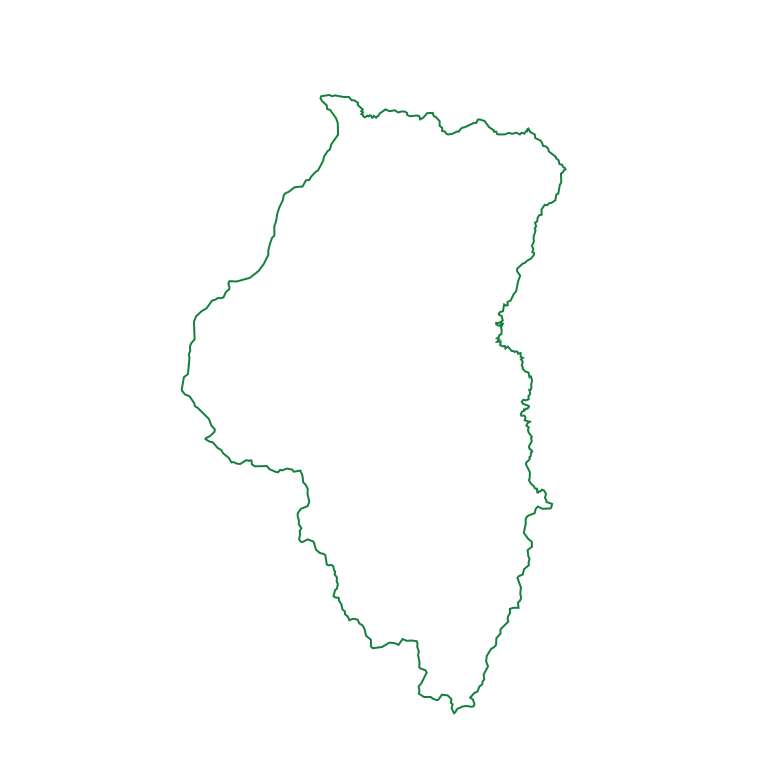 outline of Pang Mapha, Mae Hong Son, Thailand, rotated 199°
{"feature_id": "78962969B96104759744449", "entity_name": "Pang Mapha", "entity_type": "district", "adm_level": 2, "iso_a3": "THA", "parent_name": "Thailand", "parent_adm1": "Mae Hong Son", "projection": "robinson", "projection_center": [98.144, 19.592], "detail": "fine", "context": "isolated", "style": "outline", "palette": "green", "viewbox_px": 768, "rotation_deg": 199, "n_neighbors": 0, "source": "geoboundaries", "source_scale": "gbopen_adm2", "svg_char_len": 6163}
<svg xmlns="http://www.w3.org/2000/svg" viewBox="0 0 768 768"><g transform="rotate(199 384 384)"><path d="M330.7,672.5L331.5,671.2L330.8,669.6L332.0,669.2L332.8,666.4L335.6,666.5L336.8,664.2L340.6,664.7L344.4,662.2L347.5,662.2L351.2,659.3L357.4,657.1L358.6,657.2L360.0,659.1L362.2,658.4L362.7,659.5L368.3,661.1L374.5,665.4L379.8,665.3L381.4,664.4L381.8,660.8L383.8,660.4L391.3,653.0L393.2,652.0L394.7,649.9L395.4,647.0L396.9,646.7L401.0,642.7L404.6,640.8L406.4,640.9L408.9,642.6L411.5,642.2L412.2,645.0L415.5,646.3L416.9,650.6L421.6,653.2L424.3,653.6L426.2,656.2L431.3,654.2L433.6,648.6L436.0,646.0L437.9,648.8L440.0,648.7L446.7,645.6L449.6,645.9L450.6,647.9L453.0,648.3L455.5,647.7L459.1,645.4L463.1,646.3L467.4,643.8L472.0,644.1L476.2,638.3L476.6,635.5L477.8,634.5L478.1,633.3L480.9,634.2L481.4,632.2L482.1,631.9L483.5,633.4L484.7,633.6L485.6,632.1L487.1,632.3L488.8,629.9L490.8,630.4L491.7,631.7L493.3,631.8L492.3,634.1L494.3,634.5L493.5,636.6L499.6,639.3L500.3,641.5L504.7,642.5L507.0,641.8L510.7,644.0L515.8,642.2L524.4,640.9L526.5,639.3L530.0,639.4L537.1,635.6L537.1,633.5L534.3,631.1L529.0,628.9L527.2,625.5L524.2,625.6L515.9,619.7L512.7,615.7L508.6,604.8L511.9,593.3L511.5,588.2L513.2,585.6L514.8,579.3L514.2,575.3L515.9,564.3L517.4,562.8L520.4,556.4L521.1,552.5L524.1,551.2L525.3,544.2L532.5,541.0L536.7,534.6L539.4,532.2L540.2,529.5L539.5,524.6L540.5,516.6L540.3,509.8L539.0,502.7L539.1,497.5L536.0,488.7L537.4,485.8L537.5,479.1L536.8,472.1L535.4,468.7L536.7,458.5L539.4,450.0L545.3,440.8L556.6,433.0L563.6,430.9L563.9,428.2L561.6,425.2L561.2,423.1L563.4,419.6L564.0,413.6L566.1,412.1L569.1,411.2L570.7,409.0L573.7,406.9L576.5,397.7L580.2,393.5L583.7,386.8L584.0,381.1L577.6,364.5L579.6,359.7L579.6,356.1L578.0,352.2L578.2,348.5L576.4,345.3L572.6,329.6L575.4,325.2L573.6,313.7L573.0,312.1L569.0,309.4L563.7,309.0L557.2,304.0L555.5,301.4L552.6,300.9L538.1,293.9L533.8,288.6L529.2,286.0L528.7,283.7L531.4,278.3L534.9,274.6L534.8,273.7L529.9,272.7L527.2,273.2L520.3,269.3L516.5,268.7L513.4,266.0L506.8,263.7L502.7,260.2L500.6,261.2L497.5,260.8L494.0,261.5L489.4,267.2L486.9,267.2L485.7,268.3L484.4,268.5L482.8,265.1L479.4,264.1L467.9,268.3L464.6,266.2L457.3,265.6L455.3,266.2L454.2,269.0L452.0,269.2L448.4,272.4L443.1,273.2L440.7,271.7L434.9,274.9L431.4,271.0L428.3,264.7L425.2,263.2L421.9,259.9L420.7,255.5L416.3,248.3L416.4,243.8L422.0,238.8L423.5,233.7L422.3,230.2L420.1,227.5L418.9,223.7L415.2,220.7L415.9,217.8L414.3,214.4L413.8,209.7L411.9,208.0L409.6,207.9L405.7,212.2L399.9,212.1L398.7,211.4L394.4,205.2L389.7,203.3L385.8,203.7L383.8,203.1L379.3,194.7L377.6,194.4L374.8,195.8L372.7,195.2L370.4,191.5L369.1,190.7L368.6,187.9L365.6,185.8L364.3,181.6L362.5,179.9L361.9,175.2L363.1,173.2L362.7,167.0L361.1,166.3L357.1,167.0L356.1,164.7L352.3,161.5L350.1,157.5L347.0,156.2L345.9,153.6L342.4,152.3L339.9,149.4L336.7,152.0L332.3,152.6L329.4,149.6L325.6,148.7L322.5,145.8L319.1,140.2L313.1,137.9L310.9,131.6L308.7,130.5L300.2,134.7L294.6,141.3L289.3,142.4L285.3,142.1L283.4,148.9L278.8,148.6L274.3,150.5L269.3,151.4L267.7,149.3L267.2,146.6L264.0,142.5L263.5,138.8L259.9,132.6L258.4,127.5L256.5,126.8L251.8,126.9L249.7,125.2L251.3,113.0L252.8,109.3L250.7,105.6L250.2,102.5L244.2,101.1L237.9,103.3L235.2,102.3L230.9,102.3L229.7,103.5L228.1,109.1L222.4,110.3L217.6,107.9L217.0,104.4L214.8,103.4L214.6,99.6L210.6,95.5L209.6,97.1L209.2,100.3L204.9,104.5L201.6,106.3L195.7,107.4L194.2,108.8L194.2,110.8L197.2,114.6L200.4,115.6L198.0,121.2L195.5,123.5L195.3,129.0L193.4,131.9L193.9,135.3L193.0,137.1L195.2,141.8L193.7,150.8L197.2,155.1L198.3,160.3L196.5,168.4L194.3,170.9L193.1,173.8L195.0,180.2L192.6,185.8L194.0,190.0L189.1,199.9L190.7,202.2L191.0,204.9L190.3,208.6L191.8,212.3L188.9,214.5L184.0,216.2L186.1,220.9L184.9,223.3L184.6,226.2L186.9,230.2L188.4,236.4L194.7,244.0L194.0,246.2L190.8,249.0L191.3,254.5L188.0,260.0L189.2,262.2L189.4,265.8L191.6,268.4L194.1,273.7L191.1,278.3L192.9,282.9L197.7,284.8L203.4,288.9L204.5,298.2L205.8,301.4L206.0,303.8L204.9,306.3L199.5,310.9L199.9,315.3L198.6,318.2L193.6,317.6L186.2,320.5L185.7,321.4L186.0,325.3L192.1,325.4L192.6,326.9L194.8,328.8L195.0,332.8L198.0,335.4L200.2,335.6L201.1,333.4L202.5,333.0L203.0,331.4L203.8,331.4L205.3,334.8L207.4,334.4L208.8,336.0L212.6,337.6L215.7,340.3L215.5,342.0L217.3,348.0L223.7,354.4L223.9,356.1L222.0,359.6L222.0,361.4L222.7,362.1L221.9,363.3L222.6,367.6L221.9,368.3L223.2,369.7L225.1,369.9L226.6,371.9L225.7,378.2L227.4,381.0L227.0,382.1L231.5,385.3L232.9,387.4L233.1,390.3L235.8,390.9L235.5,393.7L233.9,395.7L239.2,395.5L239.3,398.3L240.3,399.4L241.8,399.6L243.7,398.7L244.9,399.9L244.4,402.9L242.9,404.0L243.2,405.6L242.2,405.5L241.7,407.0L240.3,407.3L239.5,409.8L240.0,410.4L246.1,410.5L248.0,412.1L247.1,414.4L244.8,414.7L242.2,416.6L243.5,419.6L242.7,421.4L242.8,423.0L244.7,425.8L243.4,426.4L243.5,428.9L244.8,431.7L245.0,435.3L246.7,437.7L247.8,439.0L248.7,437.9L251.1,441.9L254.2,441.8L257.8,443.5L258.3,445.2L259.8,446.5L260.1,450.3L262.5,451.9L261.1,453.9L263.6,454.2L264.9,457.7L267.2,456.3L268.0,457.7L269.3,458.1L270.9,456.8L272.2,457.3L274.0,456.8L279.1,459.7L280.7,457.1L282.0,459.2L283.8,458.3L286.8,458.5L287.6,462.2L290.8,460.7L289.6,463.7L292.0,464.0L290.8,465.5L290.8,467.9L289.2,469.3L290.3,473.3L291.8,475.5L291.3,479.8L292.5,479.8L293.2,477.1L294.5,476.4L297.3,477.0L297.8,478.3L295.1,479.2L292.4,482.7L295.0,486.7L297.5,486.8L298.3,487.7L297.7,489.8L295.2,491.5L296.3,498.3L294.0,497.9L292.7,498.9L293.9,501.7L291.4,504.2L290.6,511.2L289.2,514.7L290.6,524.3L290.5,530.7L294.9,534.0L295.6,536.4L292.1,542.9L290.0,544.7L288.8,547.2L285.8,550.4L284.2,555.3L284.8,556.7L286.7,557.0L286.6,559.9L289.1,562.9L288.6,567.4L290.4,571.5L290.7,578.5L292.1,580.1L291.5,582.7L293.7,585.6L292.1,587.6L292.8,590.8L292.3,594.0L290.0,595.4L291.9,600.2L290.4,605.7L287.9,606.3L286.6,608.8L284.8,609.6L281.8,613.5L282.7,619.1L281.2,620.9L282.6,629.6L282.0,632.3L285.2,640.6L284.0,642.1L283.4,644.7L282.2,646.0L283.3,647.1L285.6,647.7L286.9,649.3L289.8,649.1L291.7,652.3L294.7,653.4L295.5,654.7L303.9,657.6L305.7,660.2L308.1,661.3L311.0,660.9L313.5,663.9L315.5,665.2L320.9,665.7L322.8,669.1L327.3,669.7L330.7,672.5Z" fill="none" stroke="#15803d" stroke-width="2"/></g></svg>